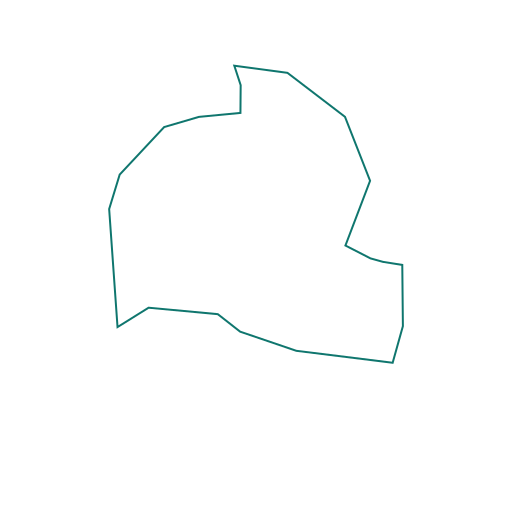 Črenšovci, Equal Earth projection, rotated 234°
{"feature_id": "SVN-263", "entity_name": "Črenšovci", "entity_type": "Municipality", "adm_level": 1, "iso_a3": "SVN", "parent_name": "Slovenia", "parent_adm1": "", "projection": "equal_earth", "projection_center": [16.304, 46.564], "detail": "fine", "context": "isolated", "style": "outline", "palette": "teal", "viewbox_px": 512, "rotation_deg": 234, "n_neighbors": 0, "source": "natural_earth", "source_scale": "10m", "svg_char_len": 441}
<svg xmlns="http://www.w3.org/2000/svg" viewBox="0 0 512 512"><g transform="rotate(234 256 256)"><path d="M422.7,350.3L385.7,389.1L316.3,409.8L249.8,392.5L211.9,334.5L186.8,347.2L176.6,355.3L162.8,369.1L112.9,333.6L89.3,303.8L155.6,232.9L204.1,198.7L231.4,190.9L277.3,138.7L279.9,102.2L380.3,164.8L402.0,193.6L414.3,257.5L402.1,291.6L380.9,327.5L403.2,344.0L420.5,349.6L422.7,350.3Z" fill="none" stroke="#0f766e" stroke-width="2"/></g></svg>